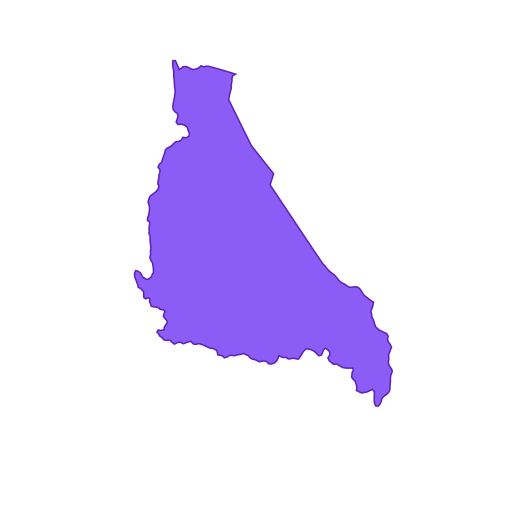 outline of Itapebi, Bahia, Brazil, rotated 221°
{"feature_id": "56859067B79786588856261", "entity_name": "Itapebi", "entity_type": "district", "adm_level": 2, "iso_a3": "BRA", "parent_name": "Brazil", "parent_adm1": "Bahia", "projection": "mercator", "projection_center": [-39.666, -15.918], "detail": "fine", "context": "isolated", "style": "filled", "palette": "violet", "viewbox_px": 512, "rotation_deg": 221, "n_neighbors": 0, "source": "geoboundaries", "source_scale": "gbopen_adm2", "svg_char_len": 4210}
<svg xmlns="http://www.w3.org/2000/svg" viewBox="0 0 512 512"><g transform="rotate(221 256 256)"><path d="M321.8,168.4L323.3,166.5L325.4,166.2L328.0,165.8L330.3,166.8L332.2,167.5L335.1,167.1L337.3,166.0L336.2,162.9L333.4,160.4L330.8,159.1L328.3,157.7L326.1,156.5L324.2,155.0L321.9,155.8L319.7,155.5L317.4,155.3L315.5,153.2L313.5,151.1L311.1,151.2L310.1,153.5L308.3,154.3L306.5,151.8L303.8,150.4L302.0,149.4L299.8,150.5L297.5,152.2L295.3,153.0L293.2,152.8L291.3,154.3L288.7,154.7L287.8,152.8L286.4,149.7L283.0,149.0L280.8,148.7L279.1,147.6L279.0,144.9L278.4,141.9L276.9,140.1L278.9,137.5L281.4,135.8L280.7,133.5L278.7,133.5L276.2,132.4L273.3,132.8L270.7,132.2L267.8,133.9L266.1,135.9L262.9,135.8L259.7,136.0L258.5,139.1L256.5,141.3L253.2,142.1L252.1,144.2L251.1,146.3L249.2,148.7L245.2,148.6L242.9,150.4L241.9,152.2L239.2,153.5L236.1,154.6L232.8,155.5L230.0,156.4L228.0,157.9L225.7,158.6L223.6,158.9L221.7,157.7L220.0,156.3L218.1,157.4L216.0,158.6L213.1,158.4L211.3,161.3L210.6,163.9L208.5,165.6L206.8,166.5L205.4,169.0L203.4,171.2L201.2,174.4L199.0,174.9L196.8,175.7L193.9,175.3L191.2,175.7L188.8,177.1L186.3,177.8L183.8,178.5L182.4,180.8L180.4,182.6L178.2,183.3L175.6,182.9L173.3,184.8L171.9,187.5L171.6,189.9L172.0,192.6L173.5,195.9L170.9,196.4L168.8,197.3L166.6,199.3L164.2,199.4L162.7,200.8L161.2,203.0L158.4,204.7L156.3,205.9L156.5,208.8L157.1,212.2L157.6,215.2L157.3,218.8L154.7,220.6L151.4,221.9L149.2,222.3L146.2,222.1L143.1,221.9L141.6,224.3L142.4,226.7L143.4,229.4L143.1,232.0L140.8,232.3L137.9,232.0L135.6,230.4L134.9,226.3L131.8,224.9L129.3,225.1L126.5,225.0L124.2,227.4L120.5,228.0L117.1,228.8L114.1,230.8L111.6,233.0L109.4,234.9L107.6,233.5L106.9,230.8L105.5,229.1L104.4,227.3L101.4,226.6L99.0,226.5L96.2,224.9L93.7,223.0L92.0,220.4L89.1,221.1L86.1,222.1L84.8,224.1L83.3,225.8L82.3,227.7L80.8,231.6L77.7,231.3L76.0,229.2L73.8,226.6L72.0,224.5L70.0,222.6L67.2,221.4L65.1,223.1L65.4,226.2L66.2,228.5L67.3,230.8L67.6,233.2L66.9,236.0L66.4,239.2L66.7,242.0L68.2,244.1L70.1,246.5L71.7,248.9L73.5,251.0L75.2,253.0L76.4,255.5L77.3,258.2L79.5,259.7L82.0,260.2L84.6,261.3L86.5,262.6L88.1,265.4L91.1,268.4L92.2,271.5L93.1,273.6L93.7,276.0L96.8,277.4L100.3,278.1L102.1,279.6L103.7,282.2L106.6,283.2L110.6,282.0L114.3,281.0L116.9,281.0L119.1,281.0L121.7,282.4L124.2,284.1L126.7,285.4L128.6,286.0L130.3,287.7L133.2,289.8L134.1,292.9L135.5,295.7L137.0,298.3L141.2,297.6L143.7,297.6L146.0,297.4L149.2,297.3L152.4,298.4L154.3,298.9L156.7,299.4L159.5,299.0L161.6,297.2L163.4,295.0L165.2,293.7L168.3,293.1L171.2,292.8L173.7,292.1L176.4,291.8L179.7,292.4L182.6,292.9L185.2,293.1L187.5,292.9L190.5,292.7L194.0,293.0L197.1,293.7L200.6,294.0L229.2,301.7L292.0,318.9L296.7,329.6L323.7,334.7L332.2,336.4L356.7,346.6L364.9,350.1L371.3,352.7L374.0,353.9L376.3,354.9L378.9,355.8L380.9,358.8L382.5,361.7L383.5,363.9L384.9,366.8L386.6,368.2L387.7,370.3L389.1,372.5L390.5,374.0L391.8,376.6L390.8,379.8L401.3,375.2L403.6,374.1L416.5,368.0L418.2,366.4L419.8,364.2L422.3,363.5L422.7,360.3L424.1,357.5L425.8,355.5L427.9,354.5L430.6,354.1L433.4,352.9L435.3,350.9L435.6,348.2L436.3,346.2L437.9,347.3L440.5,348.4L443.1,349.7L445.2,350.5L446.9,348.9L445.7,347.3L443.5,344.7L441.1,342.9L439.4,341.5L438.0,339.9L435.8,337.5L433.4,335.3L431.3,333.2L429.6,331.4L427.5,329.5L425.5,327.8L423.3,324.8L420.1,319.6L418.7,317.0L416.8,314.2L414.6,312.2L411.9,311.7L408.8,311.9L407.0,310.9L405.5,308.1L404.2,304.7L401.2,304.0L398.4,306.8L395.2,308.0L392.4,308.1L390.6,306.8L388.0,305.5L386.2,304.3L385.3,302.2L386.2,299.4L389.1,297.6L388.4,294.6L389.2,292.2L391.5,289.6L392.0,286.5L392.2,283.0L393.0,281.0L393.9,278.9L393.9,276.5L392.0,272.7L390.8,269.4L389.8,267.1L388.7,264.8L389.2,262.1L388.3,258.8L384.8,257.9L383.4,255.9L382.5,253.7L380.8,251.6L379.4,248.8L377.4,246.0L375.1,245.0L373.9,242.5L373.7,238.7L374.4,235.4L375.2,232.1L374.5,229.2L372.8,225.8L370.0,224.2L367.7,222.2L365.9,219.9L363.9,216.4L362.9,213.8L361.3,211.6L358.2,211.7L356.3,208.7L355.0,206.9L353.1,204.9L351.5,202.6L349.1,201.7L347.5,199.8L345.4,197.4L342.4,194.9L339.9,192.2L338.5,189.9L336.7,188.3L335.1,185.2L332.0,183.6L329.5,182.8L326.6,180.4L324.2,178.1L322.6,176.3L322.3,174.3L321.3,171.5L321.8,168.4Z" fill="#8b5cf6" stroke="#5b21b6" stroke-width="1.5"/></g></svg>